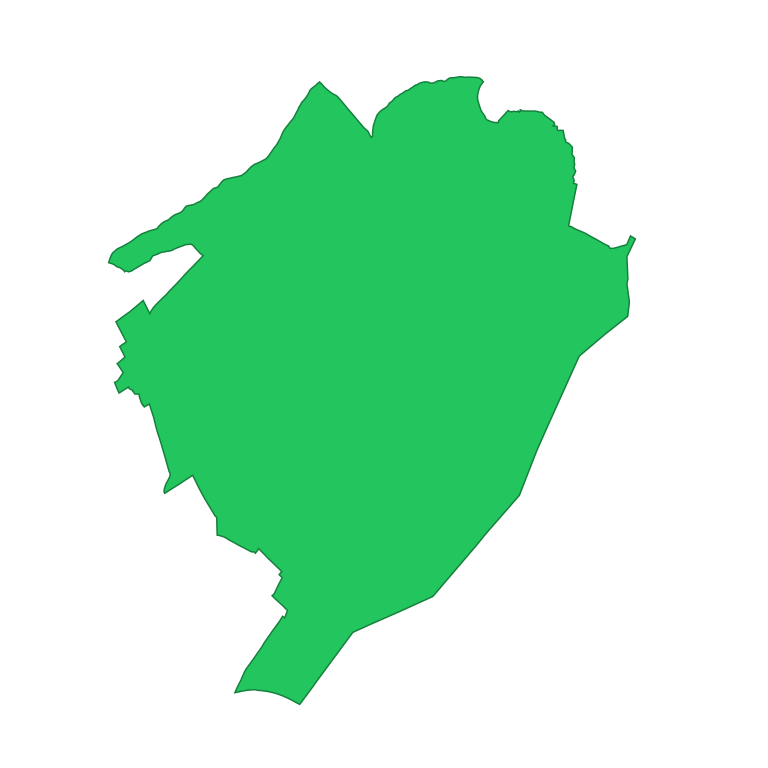 Hemeius, Bacau, Romania, rotated 83°
{"feature_id": "2599482B10369787235709", "entity_name": "Hemeius", "entity_type": "district", "adm_level": 2, "iso_a3": "ROU", "parent_name": "Romania", "parent_adm1": "Bacau", "projection": "natural_earth1", "projection_center": [26.841, 46.628], "detail": "fine", "context": "isolated", "style": "filled", "palette": "green", "viewbox_px": 768, "rotation_deg": 83, "n_neighbors": 0, "source": "geoboundaries", "source_scale": "gbopen_adm2", "svg_char_len": 6079}
<svg xmlns="http://www.w3.org/2000/svg" viewBox="0 0 768 768"><g transform="rotate(83 384 384)"><path d="M309.4,129.1L287.2,127.4L270.6,116.8L267.1,121.3L275.3,126.1L276.1,131.6L276.9,136.4L277.2,138.9L277.3,140.3L277.0,142.0L276.9,143.2L274.5,144.2L271.8,148.4L268.3,153.1L265.0,157.5L262.7,160.9L260.3,164.0L258.9,165.9L257.0,169.1L255.2,172.3L253.0,175.9L251.0,178.4L249.5,181.5L223.9,173.1L209.4,168.2L207.8,171.5L205.2,170.4L201.1,171.4L199.3,169.6L196.0,167.8L192.3,169.2L189.4,168.0L186.3,168.2L182.6,167.5L178.8,169.5L177.1,169.0L171.8,168.2L167.6,171.4L166.0,174.2L163.5,174.0L162.9,174.6L160.4,174.9L154.1,175.3L153.9,177.3L153.6,178.3L153.6,180.3L152.6,181.2L151.2,180.8L149.4,180.7L148.4,184.6L147.1,183.0L144.9,183.4L140.2,188.2L136.7,192.0L133.6,193.7L133.4,195.5L131.6,200.3L130.5,208.7L130.0,212.5L128.5,215.3L130.1,215.5L130.7,216.6L129.5,217.1L129.4,217.9L129.9,218.4L129.8,219.4L129.5,221.0L129.2,221.7L129.3,223.5L129.2,225.3L128.4,226.6L127.7,227.5L136.8,238.2L138.6,238.7L137.6,243.7L136.4,246.1L134.0,250.2L130.6,251.2L124.5,254.3L118.2,255.6L113.0,256.4L109.0,256.0L106.6,255.2L105.1,254.7L102.7,253.6L100.6,252.5L98.8,251.2L97.1,249.5L96.1,248.5L94.7,249.5L93.6,250.2L92.7,251.2L91.5,253.2L91.0,255.0L90.7,257.1L90.1,259.6L90.1,260.5L89.6,263.2L89.5,264.3L89.6,266.0L89.0,267.9L88.4,269.6L88.3,273.0L88.5,276.4L88.3,280.4L88.3,281.4L88.8,282.8L89.7,284.2L90.1,285.0L90.6,285.3L90.9,286.1L90.9,288.1L90.1,289.0L89.7,290.2L89.7,292.6L89.8,294.1L90.5,296.0L90.9,296.8L91.2,298.7L91.2,300.1L91.0,301.3L90.1,302.6L89.6,303.9L89.1,306.7L89.2,308.7L89.5,310.7L89.8,312.0L90.1,313.1L91.0,314.4L91.1,315.9L91.7,317.4L92.9,319.5L94.0,321.8L95.0,323.5L95.3,324.3L95.4,324.8L95.7,326.7L96.3,328.1L96.9,328.6L97.3,329.7L98.1,331.6L98.9,333.3L100.2,335.4L100.9,337.5L101.7,338.8L103.4,340.5L104.4,341.7L105.9,344.5L108.7,346.6L110.0,348.9L111.6,352.4L113.6,355.4L116.1,358.0L120.3,360.3L126.2,363.0L132.8,364.7L135.3,364.9L137.0,365.4L137.7,366.5L135.1,367.8L132.7,368.6L131.0,369.3L129.3,370.9L126.9,372.9L115.2,380.6L110.2,383.8L105.4,387.1L103.5,388.2L97.2,392.3L93.6,394.7L91.8,396.4L90.1,398.9L88.2,401.3L83.9,405.4L81.9,407.1L78.4,409.4L76.3,411.2L78.0,413.8L79.4,415.5L80.5,417.5L81.8,419.7L83.4,421.6L87.3,424.1L90.5,426.9L91.9,428.3L93.4,430.1L94.6,431.5L95.9,432.3L97.0,433.1L97.9,433.8L98.8,434.7L101.6,436.2L104.3,438.2L108.8,441.2L110.6,443.0L112.3,445.0L113.0,445.6L114.2,446.7L116.4,449.0L118.8,451.4L121.8,453.8L127.2,456.8L129.3,458.3L133.5,461.4L136.5,464.5L141.7,469.1L142.4,469.7L144.6,471.9L146.2,473.8L147.6,477.5L148.8,480.7L149.4,482.7L150.2,485.8L152.2,489.4L154.2,491.9L157.0,495.2L159.7,500.0L160.4,505.3L160.6,508.5L161.0,512.2L161.3,515.7L161.9,518.1L163.4,520.2L166.2,523.1L168.2,524.9L168.6,526.5L169.2,529.7L171.3,532.4L173.8,536.0L176.2,538.6L179.3,542.4L180.5,544.6L181.1,546.9L182.6,550.7L183.3,558.4L185.1,560.6L187.0,562.1L188.1,563.5L188.7,564.5L189.4,566.2L190.3,570.2L191.6,573.2L193.3,575.9L194.5,577.3L195.3,579.6L195.8,581.5L196.5,583.1L197.7,585.4L199.5,587.7L201.1,589.4L202.2,590.3L203.5,598.4L204.5,602.3L205.5,606.2L207.7,610.9L211.3,616.9L213.0,620.5L215.5,626.6L216.9,630.8L217.5,632.4L220.9,637.5L223.3,639.2L225.7,640.5L226.1,640.7L230.0,642.5L230.6,641.3L231.4,639.4L232.4,637.6L233.8,636.0L235.0,634.9L236.5,631.7L239.3,628.7L241.0,627.7L240.3,626.9L240.6,625.5L241.5,624.0L241.4,622.4L240.9,620.4L239.9,618.7L238.5,615.3L235.1,607.5L233.1,601.4L228.7,598.0L227.4,592.6L226.2,589.1L226.1,584.8L225.8,583.7L226.0,581.6L225.4,577.6L224.4,575.5L223.2,571.0L222.0,565.7L221.5,563.9L221.7,559.1L222.2,557.6L223.3,556.5L226.3,554.6L229.1,552.5L231.9,550.6L234.6,547.8L245.4,561.2L250.0,567.0L257.7,575.9L260.9,579.8L264.1,583.8L266.3,586.5L269.0,589.5L270.5,591.7L276.7,599.7L279.2,602.7L280.8,604.3L283.1,606.2L285.5,607.9L275.3,611.6L271.7,612.8L281.2,627.3L283.8,632.2L289.6,642.5L310.8,634.6L312.1,637.2L313.0,639.0L314.7,641.8L317.3,640.8L322.1,639.0L325.8,637.9L327.6,640.7L330.2,644.5L331.2,646.3L340.9,641.5L345.4,645.3L348.6,648.2L349.6,651.2L357.5,649.1L360.7,648.0L357.4,641.3L357.3,641.1L355.9,637.8L357.5,637.5L358.6,636.1L358.9,635.4L359.1,634.7L360.6,634.2L360.4,633.9L363.6,632.6L363.9,630.1L364.2,628.4L367.4,628.3L371.1,627.5L372.4,627.3L374.5,626.5L375.7,626.0L375.6,625.6L376.4,625.3L377.6,624.7L375.3,619.3L377.6,618.9L384.4,617.6L388.5,616.8L391.5,616.4L396.0,615.9L400.4,615.3L405.7,614.5L409.8,613.6L414.3,612.8L430.7,610.1L434.8,609.5L444.9,607.9L445.9,607.4L446.6,607.3L447.8,607.4L449.3,607.7L450.6,608.4L452.4,609.6L453.7,610.5L456.2,612.3L458.8,613.7L461.3,614.8L464.2,615.5L465.8,614.9L463.7,610.7L457.7,598.0L454.9,592.4L451.8,586.1L451.3,585.0L463.2,580.9L468.0,579.1L475.6,576.1L494.2,567.8L496.1,566.3L500.3,566.7L508.2,567.5L513.7,568.0L514.2,566.1L516.2,561.6L518.1,559.0L520.2,556.4L521.6,554.4L523.9,551.1L526.1,548.2L527.7,545.9L529.5,543.1L533.6,537.3L534.1,536.6L534.7,534.9L534.6,533.9L535.1,533.3L536.3,532.3L533.8,529.8L532.1,528.6L532.9,527.9L533.9,527.1L535.3,526.1L536.4,525.2L537.6,524.2L539.9,522.5L543.7,519.7L547.9,516.2L557.6,508.4L560.4,511.3L563.8,508.7L567.2,511.0L571.0,513.6L577.8,517.9L579.1,518.9L580.5,520.9L583.6,518.5L587.4,515.2L590.1,512.9L592.0,511.3L593.8,509.8L594.0,509.9L596.9,507.4L602.2,510.1L603.6,510.8L603.9,511.0L603.2,511.8L602.8,512.4L602.2,513.0L603.1,513.7L605.5,515.6L607.3,517.1L611.8,521.3L614.7,524.1L620.8,529.5L623.0,531.5L626.2,534.4L629.4,536.8L631.3,538.4L633.5,540.4L635.7,542.4L639.0,545.3L641.0,547.1L642.8,548.8L645.6,551.4L647.2,552.9L650.3,555.8L652.4,557.3L655.2,559.0L657.9,560.7L660.2,561.9L662.2,563.3L665.3,565.4L668.9,567.7L672.2,569.6L671.5,561.5L671.3,556.9L671.5,552.4L671.7,549.1L672.7,546.6L673.3,543.3L674.2,539.9L674.9,537.2L676.7,532.1L678.5,527.8L680.7,523.5L683.0,519.5L685.5,515.6L689.0,510.7L691.7,506.7L691.0,506.0L674.6,490.4L672.6,488.7L626.7,445.2L621.1,427.4L611.3,394.8L600.8,361.4L555.6,312.1L546.9,303.1L542.4,298.2L511.0,263.2L468.8,240.5L447.6,227.8L380.1,186.8L361.2,158.0L346.6,133.9L332.4,130.4L322.0,130.6L314.2,130.7L309.4,129.1Z" fill="#22c55e" stroke="#15803d" stroke-width="1.5"/></g></svg>